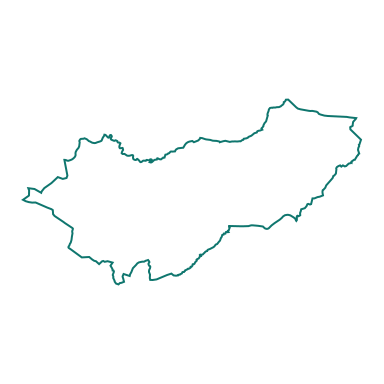 Santa Catarina Tlaltempan, Puebla, Mexico (Mercator projection)
{"feature_id": "50627088B53125297105915", "entity_name": "Santa Catarina Tlaltempan", "entity_type": "district", "adm_level": 2, "iso_a3": "MEX", "parent_name": "Mexico", "parent_adm1": "Puebla", "projection": "mercator", "projection_center": [-98.08, 18.615], "detail": "fine", "context": "isolated", "style": "outline", "palette": "teal", "viewbox_px": 384, "rotation_deg": 0, "n_neighbors": 0, "source": "geoboundaries", "source_scale": "gbopen_adm2", "svg_char_len": 6045}
<svg xmlns="http://www.w3.org/2000/svg" viewBox="0 0 384 384"><path d="M173.6,275.4L176.0,275.7L178.0,275.4L178.0,275.0L179.3,274.6L179.8,274.7L180.2,274.2L181.8,273.5L182.5,272.1L183.2,272.0L183.9,272.0L184.0,271.7L184.9,271.1L185.1,270.4L187.7,269.2L187.7,268.9L188.0,268.7L189.1,268.6L189.7,268.3L190.7,267.5L190.8,267.2L190.6,266.9L190.8,266.7L191.6,266.7L192.5,265.6L192.6,264.4L193.0,264.1L194.0,264.1L194.5,263.7L195.2,262.2L196.6,260.9L196.8,260.4L196.5,259.9L196.9,259.4L197.4,259.0L198.5,258.6L199.3,257.6L199.8,256.5L201.0,256.1L200.9,255.8L199.9,255.3L199.8,255.0L200.1,254.7L200.7,254.6L201.9,254.8L203.0,254.3L203.8,253.3L204.4,252.9L205.3,251.8L206.3,251.2L207.2,251.0L207.5,250.1L208.0,249.7L210.1,248.9L213.2,247.3L214.3,246.5L215.7,244.6L217.2,244.0L218.8,241.9L220.0,240.6L220.9,238.0L221.2,237.7L221.5,237.3L222.1,235.6L222.3,234.9L223.6,234.6L223.8,233.6L225.4,233.6L225.9,232.1L226.4,232.0L227.8,232.2L228.4,232.1L227.8,231.3L227.8,230.8L228.7,230.4L229.7,227.6L229.0,226.9L229.1,226.0L242.2,226.3L248.5,226.1L251.3,225.3L252.4,225.3L258.0,225.8L262.9,226.5L264.8,228.3L265.8,228.7L266.9,228.9L267.9,228.7L268.8,228.2L271.6,225.4L274.6,223.1L279.7,219.7L281.8,217.9L283.1,216.4L285.0,215.2L287.3,214.8L288.6,214.9L290.4,215.4L293.5,217.3L294.8,218.3L295.6,219.3L295.9,220.4L296.3,220.9L296.9,220.0L296.8,218.6L296.9,218.0L296.7,217.1L297.0,216.1L297.4,215.8L297.9,216.1L298.0,215.9L298.8,216.1L300.2,215.3L300.1,212.9L300.8,211.1L301.2,209.3L304.8,208.2L306.5,206.2L307.4,204.2L308.2,203.9L310.0,204.5L311.1,204.1L312.5,198.4L314.4,198.4L317.5,197.1L319.7,196.7L323.0,195.4L322.5,192.8L322.5,191.1L322.8,190.1L323.2,190.0L325.3,187.7L326.2,185.4L332.6,178.1L333.4,175.9L334.2,175.6L335.9,173.6L336.4,169.3L336.2,168.3L336.9,167.1L338.4,166.1L340.1,165.4L341.3,166.6L342.9,165.4L344.8,166.4L346.2,166.0L348.7,163.6L350.1,163.3L351.0,162.6L351.6,162.9L351.7,162.4L351.5,161.6L354.0,159.8L354.8,159.8L357.2,155.8L358.0,155.2L358.1,154.6L358.7,153.9L359.2,153.6L358.0,149.9L358.4,147.7L359.2,146.1L358.9,144.8L359.4,144.5L361.0,139.7L350.4,129.4L350.2,127.2L350.6,126.8L351.6,126.5L352.7,125.7L352.7,124.6L353.1,122.0L353.8,121.1L355.8,118.9L356.2,118.1L349.5,117.4L346.6,116.9L327.9,116.0L324.4,115.6L320.4,114.5L318.8,113.8L317.9,112.5L316.6,111.7L312.4,110.9L310.4,111.0L308.7,110.8L300.4,109.3L297.9,108.6L296.2,107.3L288.2,99.6L285.9,99.7L285.3,101.0L284.5,101.9L283.8,102.1L283.7,103.5L283.4,104.0L282.6,104.9L281.6,105.5L280.8,106.3L279.0,107.1L276.7,107.2L275.5,107.5L273.1,107.5L272.7,107.8L271.4,107.7L270.0,108.0L268.9,109.4L268.6,110.9L267.6,113.5L267.4,115.0L267.8,115.4L266.1,121.3L265.4,122.2L264.5,123.2L263.4,125.4L263.4,126.2L262.5,127.4L261.5,128.4L262.3,129.7L260.2,130.5L258.4,130.8L257.3,131.3L256.8,132.5L254.4,133.2L251.4,135.7L248.5,136.9L248.0,137.6L246.5,138.3L243.7,138.8L243.3,139.8L242.2,140.1L240.6,141.3L240.0,141.2L237.4,141.5L235.1,141.4L231.8,141.5L229.8,141.9L225.3,140.8L223.3,141.2L219.8,142.2L219.7,141.7L218.9,141.4L216.5,140.9L212.8,140.7L210.2,139.9L206.1,139.4L205.0,139.1L202.1,138.1L200.2,137.9L200.0,138.7L198.2,140.5L193.9,142.2L192.3,141.0L189.3,141.6L187.6,142.3L186.1,143.4L184.9,144.9L183.3,147.7L178.1,148.3L176.2,149.4L175.6,150.1L175.0,151.4L172.3,151.6L171.5,151.5L170.9,151.5L170.4,151.8L169.1,153.2L168.2,153.4L167.7,154.0L166.9,154.4L165.4,154.7L164.5,157.6L163.2,157.6L162.8,158.2L162.3,158.3L161.1,159.3L160.1,159.3L159.2,159.1L157.7,158.3L157.2,158.4L156.9,159.5L154.4,159.9L152.2,161.9L151.6,162.3L150.9,162.5L149.8,162.2L150.7,161.1L151.5,160.6L151.7,159.7L151.0,159.3L150.3,159.3L149.0,160.4L146.9,159.9L146.4,160.0L145.8,160.8L143.8,160.6L142.9,160.8L141.6,161.9L140.9,162.1L140.5,162.1L139.9,161.7L139.5,161.0L138.4,159.8L137.7,159.2L137.2,158.9L136.8,159.1L136.5,159.7L135.7,160.0L134.9,159.9L133.6,159.3L133.2,158.7L133.0,157.5L133.2,155.9L132.7,155.1L131.7,155.1L129.7,155.7L128.1,155.8L127.0,155.6L124.5,153.9L122.7,154.0L121.7,153.3L121.8,152.4L122.5,150.8L123.1,149.9L122.7,148.1L122.3,147.9L121.2,148.2L119.9,148.2L119.5,147.7L119.3,146.9L119.6,145.3L120.4,143.3L119.5,142.6L118.5,142.6L118.0,142.5L117.6,142.1L117.3,141.1L116.2,140.5L115.4,140.3L114.6,140.8L113.7,140.7L112.6,140.2L112.2,140.1L111.1,139.5L110.8,139.0L110.9,138.3L111.8,136.5L111.6,135.8L110.9,135.0L110.2,135.1L109.6,135.8L109.2,137.3L108.8,137.7L108.0,137.5L105.5,134.9L104.4,134.7L104.1,135.8L102.8,137.7L101.6,140.6L101.1,141.0L99.6,141.6L97.2,142.3L96.3,142.7L95.4,143.0L94.4,143.1L92.2,142.7L89.8,141.4L88.9,141.1L86.7,139.2L85.0,138.5L84.4,138.3L83.7,138.7L80.9,138.9L80.2,139.4L79.6,140.3L79.3,141.0L79.7,142.3L79.2,146.3L78.5,147.9L76.8,149.9L75.7,152.0L75.5,153.2L75.6,155.1L75.2,156.3L74.6,157.2L73.7,158.1L72.4,159.2L70.7,160.0L68.2,160.8L67.0,160.6L66.3,160.2L65.0,159.9L64.4,159.9L67.4,175.6L66.5,178.0L62.8,178.9L57.8,177.1L51.4,183.1L44.3,188.1L41.6,191.5L41.2,192.8L34.5,189.0L28.3,188.2L29.1,190.4L29.0,195.3L28.8,195.7L23.0,199.8L25.7,201.2L28.8,202.1L32.1,202.6L35.6,202.5L47.3,207.6L51.5,209.2L52.8,210.1L53.1,214.2L54.6,216.0L63.5,222.0L64.8,223.0L72.5,228.1L72.9,228.7L72.7,229.7L72.3,230.8L72.2,231.7L72.5,233.3L71.9,236.7L71.5,239.9L70.7,242.7L70.0,243.6L69.3,245.6L68.8,246.2L68.4,247.1L68.5,247.6L68.8,248.0L70.6,249.2L81.8,257.4L89.2,257.0L92.2,259.5L94.2,260.8L95.9,261.2L99.1,264.1L102.1,261.3L103.3,261.0L104.7,261.8L107.6,261.2L112.6,262.6L110.5,265.7L112.3,268.7L112.6,270.4L113.2,270.3L113.5,270.5L113.9,271.4L113.7,272.4L112.8,274.7L112.8,275.3L113.2,276.1L113.4,277.0L113.2,277.9L114.5,280.6L114.7,281.7L116.1,283.6L118.5,284.4L119.8,283.1L121.5,282.8L124.0,281.8L123.2,278.5L122.7,277.1L122.6,276.3L123.6,274.0L129.7,276.0L130.1,274.3L131.3,272.2L132.9,268.2L136.0,265.0L137.3,263.4L138.9,262.4L139.7,262.2L142.1,261.7L144.0,261.7L145.8,260.7L147.0,260.4L148.1,260.0L149.2,261.5L149.4,262.1L148.5,263.6L148.6,264.6L149.3,265.9L150.1,266.2L150.3,266.9L150.0,268.3L149.2,269.9L149.0,271.1L149.0,272.0L150.0,274.6L149.8,278.0L150.2,279.9L152.6,280.0L156.6,279.4L167.1,275.0L171.4,273.6L173.6,275.4Z" fill="none" stroke="#0f766e" stroke-width="2"/></svg>